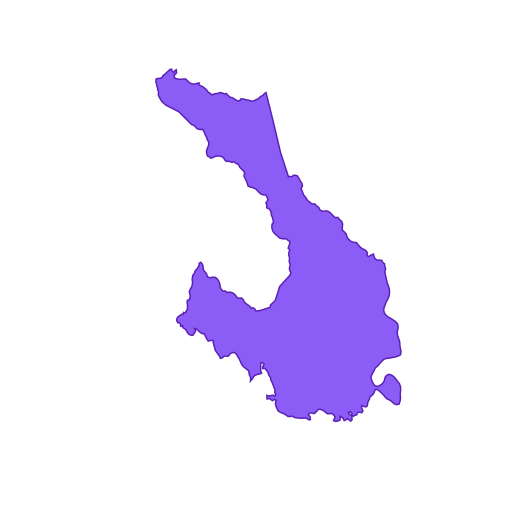 outline of Canoinhas, Santa Catarina, Brazil, rotated 146°
{"feature_id": "56859067B63837267394953", "entity_name": "Canoinhas", "entity_type": "district", "adm_level": 2, "iso_a3": "BRA", "parent_name": "Brazil", "parent_adm1": "Santa Catarina", "projection": "equal_earth", "projection_center": [-50.514, -26.306], "detail": "fine", "context": "isolated", "style": "filled", "palette": "violet", "viewbox_px": 512, "rotation_deg": 146, "n_neighbors": 0, "source": "geoboundaries", "source_scale": "gbopen_adm2", "svg_char_len": 6065}
<svg xmlns="http://www.w3.org/2000/svg" viewBox="0 0 512 512"><g transform="rotate(146 256 256)"><path d="M153.8,177.7L154.5,179.3L154.2,181.9L155.8,183.5L158.0,184.9L158.9,187.5L158.4,189.7L157.6,191.9L160.5,192.5L162.9,192.5L163.7,194.3L162.0,196.2L161.7,198.4L162.5,200.5L163.5,202.1L164.2,203.7L164.9,206.4L165.2,211.0L167.5,212.8L169.2,215.2L169.9,218.5L170.0,220.6L168.9,223.7L169.4,227.0L170.0,229.4L166.3,234.1L165.6,236.8L166.3,239.0L166.6,242.3L168.7,243.3L169.4,245.3L170.2,250.1L170.8,252.0L172.4,254.2L174.3,254.9L175.8,256.0L177.2,258.0L176.8,261.3L177.9,264.1L178.1,266.4L179.7,267.2L180.9,268.8L181.2,270.6L182.1,272.6L182.2,274.9L182.0,277.1L182.4,279.5L181.9,282.1L180.8,286.8L178.1,288.3L177.2,291.0L177.3,293.6L177.0,296.4L176.9,299.2L178.5,301.3L180.2,302.0L181.9,301.6L183.4,303.0L184.8,303.5L177.7,328.3L166.4,358.2L156.3,385.9L158.5,385.9L160.8,385.2L162.6,385.7L166.7,385.1L168.3,385.6L170.5,385.7L172.6,386.5L175.3,389.6L176.8,390.9L178.1,392.7L180.5,394.7L182.3,393.9L184.3,394.6L185.7,397.3L187.1,400.5L188.6,402.0L189.3,404.4L189.8,407.4L191.8,408.1L192.6,409.8L194.4,411.6L196.9,412.2L198.5,413.2L200.2,413.8L202.3,414.0L203.0,416.5L204.0,418.5L204.1,421.6L205.5,426.2L206.9,428.4L207.7,430.1L206.4,431.2L208.2,432.1L211.0,432.9L212.8,434.6L214.3,437.0L215.3,442.1L220.0,444.9L221.7,446.2L224.0,449.0L222.7,451.7L220.9,451.7L219.2,452.6L218.0,455.0L220.0,455.1L221.7,454.3L222.3,456.2L221.5,458.0L222.9,458.8L229.7,457.7L232.1,457.6L233.8,456.6L236.1,456.9L238.1,458.1L240.1,458.5L241.8,456.0L242.3,453.9L243.2,452.3L243.6,450.4L244.5,448.8L245.1,446.3L246.8,444.5L247.4,441.7L247.7,436.9L246.4,431.5L239.3,418.7L235.9,400.9L234.3,399.0L233.7,394.5L231.4,391.8L229.5,391.2L229.6,388.0L230.4,384.3L230.6,381.9L231.3,379.9L231.5,376.7L233.3,374.4L238.1,371.0L239.6,368.5L240.3,365.9L239.2,364.2L238.7,362.3L236.4,361.7L234.0,361.4L232.0,360.4L230.2,359.1L228.8,357.5L227.9,355.6L228.2,353.6L227.9,351.3L225.4,349.5L223.6,347.1L221.5,346.4L220.8,343.9L219.4,341.7L219.8,338.5L218.7,332.9L219.4,330.5L221.1,329.3L221.6,327.0L222.0,323.5L222.8,320.4L223.5,318.7L222.3,316.5L220.3,314.3L218.5,311.3L218.3,309.2L217.8,306.4L216.9,304.0L215.8,302.6L213.8,301.4L213.9,298.6L214.5,296.2L215.8,295.2L218.1,294.5L218.5,292.2L220.2,289.9L218.6,287.5L218.9,284.3L220.4,281.2L221.0,278.0L223.0,273.7L224.8,273.5L226.6,271.3L227.7,268.9L228.2,266.6L228.1,264.4L227.3,261.6L226.7,258.9L226.0,257.0L224.6,255.9L223.5,254.5L221.8,254.2L219.9,249.0L221.5,247.1L225.0,244.5L224.5,242.3L226.9,240.4L228.3,238.5L229.4,235.4L231.5,233.0L232.4,230.1L233.8,228.3L235.2,227.2L236.0,225.4L236.4,222.6L238.9,221.0L253.4,217.5L263.8,209.2L265.4,208.2L271.2,207.3L273.1,205.6L283.4,208.6L287.0,210.6L286.6,212.6L287.4,214.8L289.2,215.6L289.3,218.0L290.5,221.0L291.5,224.3L290.9,226.9L291.6,229.4L293.4,230.3L294.9,231.9L295.0,235.6L295.9,238.2L297.0,239.8L298.5,241.1L300.4,241.7L301.1,244.3L302.7,245.1L303.5,247.4L303.1,250.0L302.1,252.0L301.1,254.7L300.9,258.1L301.5,260.9L303.9,262.7L306.4,263.8L307.9,265.9L307.0,268.8L307.1,271.1L307.5,273.1L306.8,275.0L305.5,277.6L305.0,279.5L305.3,281.7L307.2,281.7L308.6,279.9L312.7,278.1L314.5,277.9L316.3,276.4L317.9,275.7L319.3,275.3L322.3,271.9L323.0,270.1L325.2,267.5L326.6,266.4L330.2,264.6L331.4,263.5L332.9,259.4L335.8,257.1L337.8,257.6L339.2,255.7L340.7,252.9L342.7,250.2L344.8,249.3L346.4,248.3L347.7,249.8L349.0,248.4L350.6,249.4L352.1,249.1L354.4,249.3L356.4,248.5L357.8,246.8L358.2,244.6L356.9,243.5L356.8,241.4L357.8,239.9L355.9,239.2L356.7,237.4L355.5,235.2L355.6,229.1L354.8,227.5L353.5,225.9L352.1,225.6L350.8,226.5L349.3,226.8L347.9,227.7L347.5,230.2L346.0,228.3L345.1,224.3L344.0,221.7L342.4,220.3L343.2,215.1L343.2,212.1L340.8,211.4L338.8,209.9L340.1,207.5L342.5,200.5L342.4,194.8L342.2,192.8L342.8,191.1L340.8,190.4L338.7,190.8L336.8,189.9L335.5,188.6L333.9,188.6L332.1,189.5L330.1,189.2L327.9,188.2L327.1,185.9L327.4,183.2L327.4,180.9L327.9,177.1L328.4,174.8L328.4,171.8L326.3,164.8L327.9,161.4L328.5,158.1L330.5,155.4L327.3,156.4L325.2,157.5L323.2,157.5L321.2,157.1L318.9,156.1L316.8,155.7L316.4,158.1L315.1,159.9L313.5,162.5L311.7,164.6L310.3,164.2L309.8,161.6L312.0,160.7L313.3,158.9L311.4,157.9L311.1,152.8L312.0,150.4L312.0,147.2L313.1,144.6L313.4,141.9L315.2,134.0L316.7,132.6L316.9,130.6L318.3,129.2L319.8,131.1L323.5,132.7L324.9,134.4L326.8,131.3L324.6,130.3L323.2,126.8L320.9,126.8L320.1,124.9L321.8,123.6L322.9,121.9L323.5,120.2L324.3,115.5L323.4,113.0L321.2,109.8L320.2,107.8L319.2,105.1L317.5,103.8L315.9,103.3L313.6,99.7L308.8,95.9L306.6,94.7L304.8,93.3L303.9,90.8L302.5,89.9L301.0,92.5L301.3,95.4L299.1,95.7L297.3,94.5L296.0,92.8L293.7,93.0L290.1,93.9L288.7,93.3L286.5,90.1L285.1,85.4L283.6,84.3L281.9,83.5L280.5,81.6L280.4,78.7L282.2,77.1L283.8,76.2L282.4,74.3L280.2,73.4L278.1,73.0L276.9,74.5L275.9,76.1L274.6,73.4L274.9,70.2L272.8,69.8L271.3,70.1L270.5,68.3L269.9,66.2L268.1,66.4L265.7,70.1L264.7,68.6L263.3,68.6L261.4,68.0L259.3,69.4L257.3,68.6L255.9,66.9L254.0,67.8L253.4,71.0L252.0,72.9L249.5,69.5L247.8,69.5L246.6,70.5L245.5,71.9L241.8,74.1L240.4,75.4L236.6,75.8L234.8,76.5L232.9,78.0L231.5,78.3L230.1,77.7L228.4,71.8L228.0,69.5L227.7,66.0L227.2,64.1L225.8,61.9L224.7,59.2L224.2,56.4L222.8,54.3L220.3,53.2L218.1,54.8L216.3,56.6L215.3,58.0L213.5,61.1L210.5,64.7L209.2,67.1L208.5,69.8L208.9,76.7L209.3,79.2L210.2,81.5L212.0,83.6L213.6,83.9L215.0,83.9L216.8,83.2L219.6,80.7L221.8,79.7L223.9,79.4L226.6,79.5L228.8,80.3L230.1,82.5L230.1,85.0L229.4,89.0L228.4,91.2L226.4,92.8L222.8,94.6L219.9,96.4L216.1,96.9L212.7,97.9L209.2,98.6L207.3,98.8L205.5,98.3L203.3,97.1L197.7,94.7L195.4,93.9L193.1,93.4L191.4,93.3L189.3,95.6L186.8,101.3L184.8,104.6L182.9,111.5L181.2,114.4L179.6,115.7L178.1,117.3L176.9,119.5L176.6,121.5L177.1,124.0L178.6,127.7L180.6,131.7L181.2,133.5L181.5,136.6L180.4,139.9L178.8,141.4L173.7,145.2L171.7,146.0L168.1,148.4L166.0,150.7L164.8,152.5L163.9,154.1L163.2,156.3L162.3,160.1L159.0,168.8L157.7,171.3L155.8,172.8L154.9,175.7L153.8,177.7ZM265.7,70.1L266.9,72.0L267.3,74.4L264.9,74.2L264.5,72.0L265.7,70.1Z" fill="#8b5cf6" stroke="#5b21b6" stroke-width="1.5"/></g></svg>